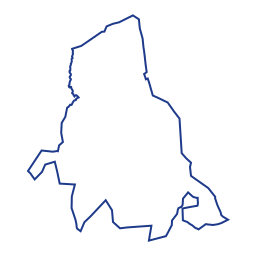 Kunchi, Kano, Nigeria (Equal Earth projection)
{"feature_id": "59680162B19874744513454", "entity_name": "Kunchi", "entity_type": "district", "adm_level": 2, "iso_a3": "NGA", "parent_name": "Nigeria", "parent_adm1": "Kano", "projection": "equal_earth", "projection_center": [8.25, 12.468], "detail": "fine", "context": "isolated", "style": "outline", "palette": "blue", "viewbox_px": 256, "rotation_deg": 0, "n_neighbors": 0, "source": "geoboundaries", "source_scale": "gbopen_adm2", "svg_char_len": 2937}
<svg xmlns="http://www.w3.org/2000/svg" viewBox="0 0 256 256"><path d="M228.0,219.7L224.5,217.6L222.6,216.4L221.2,214.9L220.6,212.2L217.9,206.3L217.1,204.3L215.1,198.3L215.2,196.8L208.3,188.1L192.0,176.6L191.0,175.8L190.0,167.0L191.0,162.7L186.3,158.4L186.2,158.3L181.7,153.2L179.5,118.6L173.7,111.1L173.6,110.9L167.7,102.5L163.5,100.5L158.4,98.0L152.8,95.5L150.6,87.9L149.2,82.9L147.7,78.5L145.9,79.3L145.3,77.4L144.1,74.0L144.9,73.5L146.2,72.5L146.7,72.0L146.4,70.3L145.6,64.4L144.9,57.9L144.0,50.4L143.5,47.6L142.6,38.5L139.8,28.4L138.9,19.3L132.9,15.4L119.1,22.3L112.9,23.8L106.6,26.4L104.4,31.6L101.8,31.8L81.3,45.9L72.1,48.8L72.3,49.7L72.7,50.2L73.0,50.8L72.9,51.8L72.7,52.9L73.0,53.8L72.7,54.7L72.0,56.6L72.4,57.3L72.6,58.0L71.7,58.7L71.7,59.8L71.7,60.7L71.8,61.4L71.4,62.5L71.2,63.4L70.8,63.9L70.9,64.6L70.5,65.8L70.1,66.7L70.2,67.5L70.4,68.5L70.3,69.2L70.3,70.1L70.2,70.6L69.8,70.6L69.6,70.9L69.5,71.3L69.5,71.9L69.6,72.3L69.8,72.8L70.1,73.2L70.4,73.4L70.7,73.8L70.8,74.3L70.9,74.7L70.8,75.2L70.5,75.7L70.2,76.1L69.9,76.4L69.7,76.8L69.7,77.4L70.0,77.9L70.3,78.5L70.6,78.8L70.9,79.2L70.7,79.8L70.5,80.3L70.3,80.7L70.0,81.1L69.9,81.8L69.6,82.5L69.5,83.2L69.5,84.0L69.5,84.6L69.3,84.9L69.0,85.2L68.7,85.7L68.8,86.2L69.0,86.5L69.2,87.2L69.4,87.4L69.7,87.5L70.1,87.3L70.4,87.0L70.7,86.8L71.1,86.9L71.1,87.3L71.3,87.9L71.5,88.5L71.7,89.0L72.0,89.5L72.3,89.8L72.5,90.2L72.7,90.8L72.8,91.3L72.7,91.9L72.5,92.5L72.1,93.0L72.3,93.4L72.6,93.6L73.0,93.9L73.4,94.2L73.5,94.9L73.9,95.6L74.4,96.4L74.9,95.8L75.4,95.4L76.0,95.2L76.5,95.4L77.2,96.0L78.1,96.8L78.6,97.5L77.2,98.1L76.7,98.5L76.2,98.8L76.1,99.1L76.0,99.8L75.7,100.1L75.3,100.1L74.5,100.4L73.8,100.9L73.2,101.8L72.7,102.6L72.2,103.7L71.6,104.8L71.2,105.0L70.2,104.7L69.6,105.4L69.1,106.1L68.7,106.6L68.4,107.0L67.9,107.2L67.4,107.4L67.1,108.0L66.9,108.9L65.3,116.9L61.7,122.9L61.2,132.9L62.9,142.0L59.1,145.4L57.9,151.2L57.3,151.0L52.9,151.7L41.6,150.5L28.0,171.0L30.6,173.6L31.5,175.0L34.7,179.4L42.0,171.9L45.2,164.6L49.5,163.3L54.8,161.7L55.2,163.4L57.1,171.2L59.7,183.6L74.9,184.5L71.8,196.5L71.6,208.1L75.4,219.5L75.9,221.6L76.4,224.1L76.7,227.3L77.2,228.7L80.6,231.2L84.4,222.2L90.7,216.2L105.7,200.2L112.0,210.2L113.0,222.0L120.0,228.3L127.5,227.4L151.4,225.7L148.9,240.6L166.0,236.1L168.0,232.4L171.8,225.1L172.0,220.5L177.1,213.9L177.8,209.9L178.5,208.1L181.0,207.0L181.8,206.2L182.5,205.2L182.7,203.7L183.0,198.6L188.1,192.4L192.5,196.4L193.6,197.1L195.8,197.6L196.2,197.8L196.6,197.9L197.7,197.9L197.7,198.5L197.7,199.4L197.7,200.5L197.8,201.1L197.8,201.4L197.9,201.8L197.9,202.2L197.9,202.5L197.9,203.1L197.8,203.8L197.7,204.5L197.7,204.8L197.6,205.2L197.6,205.5L197.2,205.8L196.8,205.9L196.7,205.9L196.3,206.0L195.7,206.0L187.9,207.4L182.5,208.5L182.9,220.3L187.5,222.1L189.6,223.8L192.2,225.3L195.3,227.9L197.8,228.9L198.5,229.4L205.9,224.1L208.2,224.5L210.6,224.7L212.9,225.0L217.9,224.2L221.5,223.0L228.0,219.7Z" fill="none" stroke="#1e3a8a" stroke-width="2"/></svg>